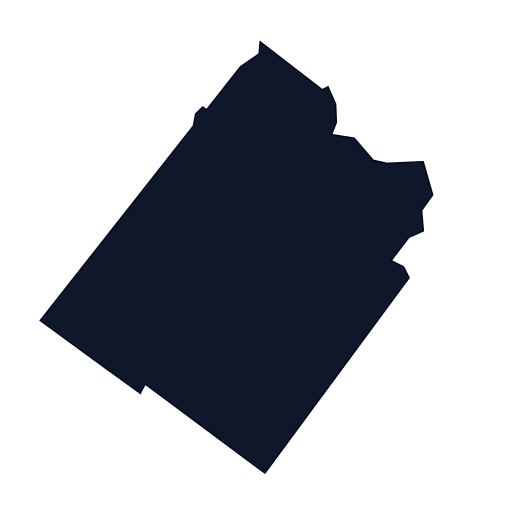 Hardin, Tennessee, United States of America, rotated 36°
{"feature_id": "52423323B14964085031587", "entity_name": "Hardin", "entity_type": "district", "adm_level": 2, "iso_a3": "USA", "parent_name": "United States of America", "parent_adm1": "Tennessee", "projection": "orthographic", "projection_center": [-88.189, 35.209], "detail": "fine", "context": "isolated", "style": "filled", "palette": "ink", "viewbox_px": 512, "rotation_deg": 36, "n_neighbors": 0, "source": "geoboundaries", "source_scale": "gbopen_adm2", "svg_char_len": 572}
<svg xmlns="http://www.w3.org/2000/svg" viewBox="0 0 512 512"><g transform="rotate(36 256 256)"><path d="M243.2,435.1L242.7,433.3L241.9,426.9L241.2,424.7L380.5,426.3L390.8,426.3L392.6,183.6L381.8,178.1L368.0,180.3L368.7,150.9L376.6,137.3L363.1,121.7L363.0,102.7L335.8,81.5L307.3,104.2L294.5,109.7L266.2,103.0L245.7,113.4L242.4,100.6L231.1,86.3L214.8,76.8L211.8,82.6L133.5,80.3L139.7,90.6L132.2,112.1L130.1,166.8L125.3,166.8L123.7,176.6L128.9,187.5L119.4,435.0L131.0,435.0L203.4,435.2L206.3,435.1L243.2,435.1Z" fill="#0f172a" stroke="#020617" stroke-width="1.5"/></g></svg>